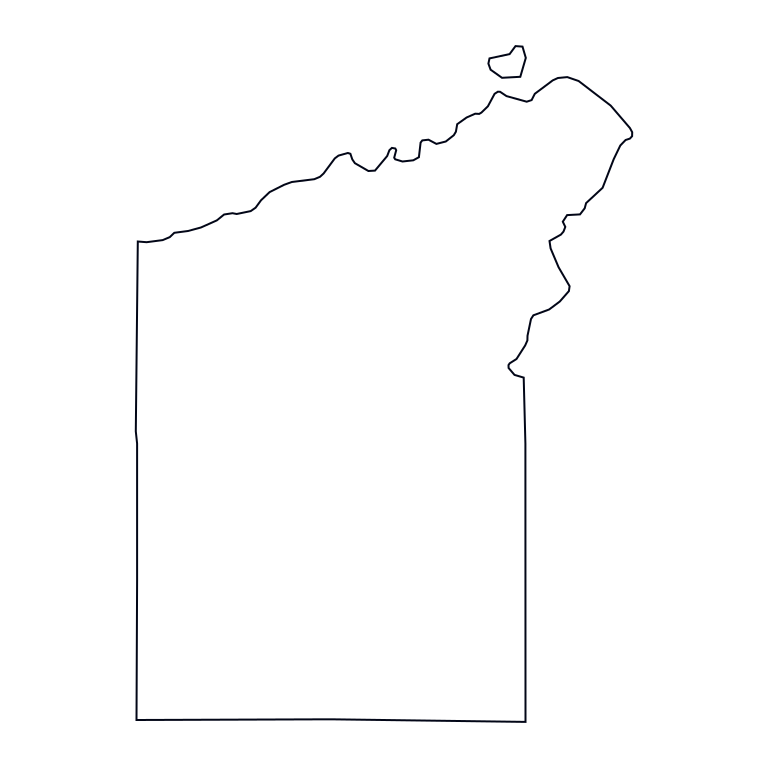 Bayfield, Wisconsin, United States of America (Equal Earth projection)
{"feature_id": "52423323B38033489940557", "entity_name": "Bayfield", "entity_type": "district", "adm_level": 2, "iso_a3": "USA", "parent_name": "United States of America", "parent_adm1": "Wisconsin", "projection": "equal_earth", "projection_center": [-91.063, 46.578], "detail": "fine", "context": "isolated", "style": "outline", "palette": "ink", "viewbox_px": 768, "rotation_deg": 0, "n_neighbors": 0, "source": "geoboundaries", "source_scale": "gbopen_adm2", "svg_char_len": 1489}
<svg xmlns="http://www.w3.org/2000/svg" viewBox="0 0 768 768"><path d="M525.5,721.9L525.4,443.7L523.7,377.6L514.5,374.9L508.6,368.0L508.5,365.1L509.7,363.3L516.5,359.0L525.2,345.4L527.4,340.4L527.5,335.8L531.0,319.0L533.4,315.3L549.1,309.5L559.8,301.5L568.9,291.1L569.6,286.2L558.6,267.3L550.6,248.4L549.5,241.0L560.9,234.6L563.5,231.6L565.3,226.9L562.8,221.7L567.1,215.1L580.0,214.4L584.7,208.3L586.1,203.1L602.6,187.8L613.7,159.2L620.3,145.5L625.6,140.0L629.9,138.6L632.1,136.2L632.2,132.2L629.9,128.0L610.7,105.6L578.6,81.0L567.3,77.1L557.9,78.0L552.7,80.4L534.8,93.8L531.6,100.1L526.7,101.7L506.5,96.1L500.1,91.8L497.9,91.7L494.6,93.8L487.9,106.3L481.4,112.6L479.2,113.9L475.2,113.7L466.6,117.5L457.2,124.2L455.9,131.7L453.8,135.2L445.8,141.5L436.4,143.9L428.5,139.7L422.3,140.4L420.6,142.6L418.9,157.2L413.3,160.3L402.5,161.5L395.2,159.3L394.2,157.7L396.2,150.2L395.3,148.5L391.9,147.9L389.4,150.2L387.2,156.0L375.0,170.6L368.4,171.0L354.9,163.2L352.3,159.4L350.4,153.8L347.8,153.0L338.5,155.6L334.8,158.4L323.6,173.5L320.0,176.8L314.3,179.2L291.8,182.0L284.1,184.8L269.6,192.1L261.0,200.3L255.6,207.7L250.7,211.1L236.7,214.0L232.5,213.2L224.1,214.5L216.8,220.4L200.9,227.5L188.0,231.0L174.3,232.8L169.8,237.1L162.7,240.1L146.6,242.2L137.8,241.5L135.8,431.4L137.1,443.6L137.1,580.6L136.5,720.0L330.7,719.3L525.5,721.9ZM489.5,58.4L488.4,63.6L490.6,69.7L502.0,77.8L520.3,76.8L525.8,57.9L522.5,46.6L515.5,46.1L509.6,54.1L489.5,58.4Z" fill="none" stroke="#020617" stroke-width="2"/></svg>